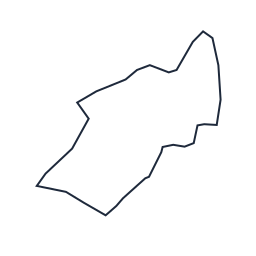 the Region of Eastern Tobago, rotated 350°
{"feature_id": "TTO-50", "entity_name": "Eastern Tobago", "entity_type": "Region", "adm_level": 1, "iso_a3": "TTO", "parent_name": "Trinidad and Tobago", "parent_adm1": "", "projection": "mercator", "projection_center": [-60.599, 11.278], "detail": "fine", "context": "isolated", "style": "outline", "palette": "slate", "viewbox_px": 256, "rotation_deg": 350, "n_neighbors": 0, "source": "natural_earth", "source_scale": "10m", "svg_char_len": 529}
<svg xmlns="http://www.w3.org/2000/svg" viewBox="0 0 256 256"><g transform="rotate(350 128 128)"><path d="M82.4,94.1L103.2,86.4L134.1,79.8L147.0,72.4L160.4,69.9L177.8,80.3L185.9,79.3L206.8,54.4L218.7,45.9L226.8,54.1L227.9,81.9L224.1,116.2L215.9,140.4L203.7,137.5L196.9,137.5L190.1,154.3L180.5,156.2L169.6,152.4L158.8,152.7L156.6,157.6L140.2,179.7L136.3,180.5L110.9,196.3L102.9,202.8L90.8,210.1L71.6,194.0L55.8,180.1L28.1,169.2L38.9,158.6L69.4,138.6L90.9,112.0L82.4,94.1Z" fill="none" stroke="#1e293b" stroke-width="2"/></g></svg>